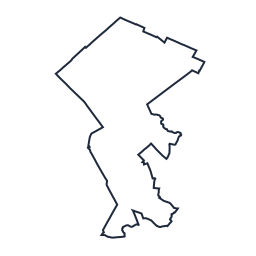 Chau Thanh A, Hau Giang, Vietnam (Natural Earth projection), rotated 92°
{"feature_id": "81297802B94036559538482", "entity_name": "Chau Thanh A", "entity_type": "district", "adm_level": 2, "iso_a3": "VNM", "parent_name": "Vietnam", "parent_adm1": "Hau Giang", "projection": "natural_earth1", "projection_center": [105.675, 9.93], "detail": "fine", "context": "isolated", "style": "outline", "palette": "slate", "viewbox_px": 256, "rotation_deg": 92, "n_neighbors": 0, "source": "geoboundaries", "source_scale": "gbopen_adm2", "svg_char_len": 5704}
<svg xmlns="http://www.w3.org/2000/svg" viewBox="0 0 256 256"><g transform="rotate(92 128 128)"><path d="M206.7,75.4L206.7,75.7L206.7,76.5L206.7,77.0L206.5,77.6L206.4,78.3L206.3,78.8L206.1,79.6L205.8,79.7L205.6,79.7L205.2,80.1L204.3,80.9L202.7,82.3L201.9,83.1L201.4,83.8L201.3,84.0L200.8,85.6L200.6,86.3L199.9,88.7L199.5,89.8L199.4,90.1L199.1,90.4L198.8,90.9L197.3,93.4L196.8,94.2L196.4,93.6L196.2,93.5L195.7,94.0L194.4,95.2L194.3,95.4L193.0,95.4L192.3,95.3L191.7,95.1L190.9,95.0L190.0,95.1L189.3,95.1L188.5,95.0L187.4,94.7L187.3,96.3L187.1,99.1L187.0,100.2L184.3,100.1L181.4,99.9L180.4,99.9L178.5,99.4L177.6,99.0L177.2,99.5L177.6,101.6L171.0,103.7L169.7,104.2L169.4,104.3L167.0,105.4L162.6,107.4L163.9,110.7L162.0,110.9L161.7,112.4L159.8,111.0L159.2,111.7L154.3,116.8L153.1,115.4L152.2,114.5L151.6,113.7L151.3,113.4L149.3,111.4L146.4,108.0L145.1,106.7L144.3,105.7L143.7,105.3L143.0,104.8L142.7,104.4L146.2,101.0L149.0,98.3L154.6,92.3L157.5,88.5L157.2,88.3L156.3,87.6L155.2,87.1L153.7,86.5L152.4,86.0L152.0,85.8L151.5,85.7L150.9,85.7L150.5,85.7L149.8,85.7L146.3,85.7L143.8,85.9L143.5,85.9L143.2,86.1L142.3,85.8L143.1,81.2L143.0,80.4L142.8,80.0L141.4,79.4L139.1,78.2L137.0,77.5L135.2,77.0L134.7,76.7L134.2,75.9L133.8,75.1L133.5,74.8L133.2,74.6L132.6,75.3L132.4,75.4L132.1,75.4L131.9,75.4L131.5,75.1L130.8,76.0L130.7,76.4L130.5,77.1L130.4,77.5L130.3,77.9L130.3,78.4L130.5,79.0L130.8,79.3L131.3,79.9L131.3,80.2L131.3,81.3L131.2,81.9L130.9,82.7L130.6,83.3L130.4,83.8L129.8,84.2L129.8,84.5L129.9,84.8L130.1,85.1L130.1,85.5L129.7,87.7L129.5,88.1L129.2,88.4L128.5,88.7L128.3,88.9L127.9,89.0L127.8,89.3L127.9,89.7L127.9,90.1L127.8,90.3L127.3,90.8L126.9,91.5L126.3,92.3L125.9,92.6L125.4,92.9L125.0,92.9L124.3,92.7L124.0,92.6L123.6,92.8L123.2,93.0L123.0,93.4L123.0,94.0L122.8,94.7L122.5,94.9L122.0,95.1L120.6,95.1L120.1,95.1L119.8,94.8L119.4,94.4L118.9,93.6L118.6,93.4L118.0,93.3L117.6,93.4L117.2,93.7L116.9,94.5L116.7,95.1L116.4,95.6L116.0,95.9L115.7,96.0L115.2,96.1L114.2,97.2L114.1,97.5L114.0,98.5L113.6,99.5L113.6,100.2L113.6,101.0L113.8,102.1L113.7,102.5L113.5,103.1L113.3,103.6L113.2,104.6L113.1,104.9L112.9,105.2L111.3,105.9L107.0,108.1L103.7,109.7L83.6,84.9L74.3,73.2L68.8,66.5L68.1,66.0L68.3,65.6L70.8,59.6L68.2,58.8L68.3,58.4L67.7,58.1L60.5,54.5L59.3,54.0L57.1,59.4L56.0,62.2L54.7,65.8L48.1,62.3L45.6,68.9L45.2,69.7L43.0,75.3L42.5,77.0L41.9,78.5L41.4,79.5L40.6,81.6L39.3,84.7L37.8,88.7L36.4,92.1L41.4,94.5L35.7,102.1L36.3,102.8L35.8,104.0L34.3,107.5L31.0,116.1L27.4,115.1L24.0,123.3L24.3,123.6L23.4,125.7L22.1,129.1L20.6,133.1L17.9,139.6L21.1,143.1L25.0,147.1L28.4,150.8L30.2,152.5L36.6,159.6L42.4,165.7L44.3,167.7L45.3,168.6L45.7,169.0L47.6,171.1L49.3,172.8L49.3,173.0L48.4,173.7L51.1,176.3L57.5,182.8L58.3,183.6L60.1,185.4L60.9,186.2L61.6,186.5L62.6,187.3L63.5,188.1L63.8,188.5L67.1,192.0L68.7,193.8L69.7,194.9L71.3,196.5L73.3,198.6L73.7,199.1L76.3,202.0L77.4,200.9L80.9,197.3L81.8,196.3L85.8,191.8L86.9,190.7L90.3,187.2L93.4,183.7L95.6,181.3L96.8,179.9L98.7,177.8L101.1,175.1L103.4,172.6L105.8,170.7L106.2,170.5L112.4,165.6L113.8,164.5L115.8,162.9L117.2,161.8L119.1,160.3L120.5,159.2L122.4,157.6L128.1,153.1L133.1,161.4L134.7,164.2L135.3,164.6L136.8,165.2L138.4,165.8L138.7,165.9L146.3,166.9L147.2,167.0L147.3,166.7L147.4,166.4L147.6,166.1L148.0,165.9L148.3,165.7L148.5,166.0L148.7,166.5L148.9,167.0L149.0,167.3L149.8,166.9L150.1,166.5L150.4,166.2L150.6,165.8L150.8,165.4L151.6,165.2L153.4,164.6L154.2,164.0L157.3,162.1L158.5,161.4L161.3,159.7L162.6,159.0L165.3,157.4L170.5,154.2L171.0,153.9L175.0,151.4L178.8,149.0L181.5,147.1L181.9,147.1L182.8,147.2L184.7,147.4L185.1,147.4L185.6,147.3L186.2,147.1L187.3,146.4L190.2,144.8L191.6,144.0L194.9,142.0L195.9,141.5L199.8,139.1L203.8,136.8L204.9,136.1L209.5,138.5L212.0,139.8L212.6,140.1L213.5,140.6L216.3,142.0L219.9,143.8L221.3,144.6L226.6,147.3L231.0,149.5L233.2,148.5L233.6,149.1L234.2,149.7L235.3,150.3L235.7,150.4L235.8,150.5L235.9,147.5L235.9,147.1L236.7,145.9L237.0,145.2L237.4,144.2L237.6,143.2L237.8,141.8L238.0,141.1L238.1,140.0L238.1,139.5L237.2,132.1L237.1,130.8L236.8,129.1L236.7,128.0L236.5,127.6L236.3,127.6L235.9,127.7L235.3,127.6L234.6,127.8L233.9,127.7L233.7,127.8L233.5,128.0L233.2,127.9L232.5,128.9L231.5,129.6L231.1,129.7L230.8,129.7L230.6,129.9L230.4,130.2L230.1,130.3L229.8,130.3L229.3,130.3L229.0,130.3L228.7,130.2L228.3,129.9L228.0,129.6L227.7,129.6L227.2,129.7L226.1,127.5L225.7,126.9L225.5,126.4L225.3,125.7L225.2,125.1L225.3,124.2L226.0,123.1L226.2,122.6L226.5,121.8L226.6,121.1L226.6,120.6L226.4,120.1L226.2,119.7L225.7,119.1L225.2,118.2L224.5,117.2L224.2,116.6L224.0,115.9L223.9,115.5L224.0,115.1L224.2,114.7L224.5,114.4L224.9,113.9L225.1,113.7L224.4,114.0L223.5,114.4L220.7,115.6L218.7,116.4L217.9,116.8L215.1,118.0L212.3,119.3L211.0,119.8L210.6,120.0L210.3,120.2L210.7,118.9L211.3,117.0L211.8,115.2L212.1,114.3L213.0,111.5L217.8,109.6L217.5,107.0L218.6,103.8L218.9,103.2L219.5,101.8L219.5,101.6L222.5,98.5L223.8,97.0L224.3,96.4L224.8,95.9L224.8,95.5L225.0,95.1L225.4,94.2L225.6,93.7L225.8,93.3L225.8,92.8L225.8,92.2L225.7,91.7L225.4,91.2L225.3,90.8L224.8,88.3L224.6,87.2L224.4,86.1L224.5,85.7L224.7,85.2L223.7,84.4L221.3,82.6L221.0,82.2L220.8,82.0L220.3,81.6L219.9,81.3L219.7,81.2L219.5,81.3L219.3,81.5L219.0,81.8L218.6,82.0L218.2,82.7L218.0,82.8L217.8,82.8L217.6,82.8L217.4,82.6L217.0,82.5L216.8,82.4L216.5,82.2L216.3,82.0L216.1,81.8L215.7,81.6L215.3,81.4L215.0,81.3L214.3,81.4L214.0,81.4L213.7,81.2L213.4,81.2L212.9,81.5L212.7,81.5L212.5,81.4L212.4,81.1L212.3,80.5L212.2,80.2L211.8,79.8L211.4,79.6L211.3,79.4L211.3,79.1L211.1,78.9L211.0,78.7L210.7,78.7L210.6,78.4L210.6,78.1L210.1,77.8L209.7,77.4L209.4,77.2L209.0,76.9L208.6,76.7L208.1,76.3L207.4,75.8L206.7,75.4Z" fill="none" stroke="#1e293b" stroke-width="2"/></g></svg>